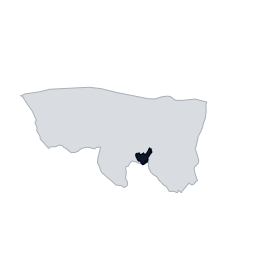 location of Zota, Bong, Liberia, rotated 149°
{"feature_id": "62588387B17056544161092", "entity_name": "Zota", "entity_type": "district", "adm_level": 2, "iso_a3": "LBR", "parent_name": "Liberia", "parent_adm1": "Bong", "projection": "orthographic", "projection_center": [-9.445, 7.274], "detail": "fine", "context": "in_parent", "style": "filled", "palette": "ink", "viewbox_px": 256, "rotation_deg": 149, "n_neighbors": 0, "source": "geoboundaries", "source_scale": "gbopen_adm2", "svg_char_len": 3835}
<svg xmlns="http://www.w3.org/2000/svg" viewBox="0 0 256 256"><g transform="rotate(149 128 128)"><path d="M47.1,109.6L49.2,107.9L52.3,102.2L56.6,96.7L60.6,93.5L63.8,90.2L67.2,87.6L72.0,84.7L79.3,76.9L81.0,76.0L82.2,70.5L84.1,63.6L86.2,61.5L91.2,60.2L92.4,59.0L94.1,54.1L95.3,48.5L95.4,47.2L97.4,47.1L100.7,45.9L102.7,46.4L103.5,48.1L104.0,49.4L114.1,45.9L115.0,45.2L115.6,45.3L116.9,48.5L117.6,48.3L118.2,47.4L118.9,47.3L119.7,47.7L120.5,49.2L121.8,50.5L124.0,51.5L125.4,52.8L125.2,56.2L125.7,59.5L126.7,60.3L127.2,62.2L127.5,64.4L128.0,65.6L128.4,67.8L128.2,70.1L128.6,71.8L130.2,74.6L131.2,78.2L131.2,80.8L130.6,83.4L129.6,85.9L127.7,88.6L127.5,89.6L128.6,90.3L130.3,90.5L131.8,89.9L135.4,91.1L137.3,92.9L138.9,95.1L140.4,96.2L141.1,97.5L143.7,97.2L146.6,95.8L147.3,95.2L148.1,95.5L150.1,95.7L151.4,93.3L152.5,90.6L154.8,87.6L155.9,86.4L156.2,84.5L156.3,82.1L157.2,80.0L159.1,78.8L161.1,78.8L162.2,79.2L162.8,81.3L164.5,82.9L165.9,83.9L166.6,84.4L167.8,85.6L168.9,89.7L173.4,103.1L173.2,106.8L172.3,109.2L172.3,111.6L172.0,113.9L169.3,117.7L161.4,125.6L162.0,126.2L163.9,127.1L165.8,127.6L167.4,127.3L169.4,129.3L171.6,131.7L173.8,133.0L177.1,134.1L180.0,134.2L182.4,133.8L185.9,134.3L189.5,136.3L190.8,139.7L191.7,142.6L193.0,144.1L193.2,146.6L195.8,148.8L199.5,149.2L204.3,151.8L205.6,151.7L206.1,151.3L206.7,151.8L207.9,159.3L208.9,163.3L208.4,164.9L207.7,166.2L207.7,172.3L205.5,175.8L205.2,179.6L204.6,180.8L202.3,182.0L202.3,184.9L201.6,188.5L201.4,192.2L202.1,202.1L202.2,209.4L203.3,210.8L198.7,210.2L185.4,204.7L175.1,201.5L140.6,183.1L131.0,175.8L120.0,164.8L95.5,142.6L89.9,139.0L82.9,137.3L78.5,135.4L75.5,133.3L73.0,127.2L66.9,123.5L55.6,118.3L47.1,109.6Z" fill="#d9dde1" stroke="#a8b0b8" stroke-width="1"/><path d="M134.4,101.5L134.7,101.3L135.0,101.0L135.2,100.6L135.4,100.3L135.5,100.1L135.7,98.9L135.7,98.0L135.8,97.4L135.9,96.6L136.0,96.1L136.0,95.8L135.9,95.1L135.9,94.7L135.7,94.3L135.7,94.2L135.2,93.9L134.9,93.8L134.6,93.5L134.4,93.1L134.4,92.5L134.4,92.3L134.5,92.0L134.5,91.9L134.5,91.6L134.7,91.2L134.4,91.0L134.3,90.7L134.4,90.4L134.5,90.2L134.4,89.9L134.3,89.6L134.3,89.4L134.1,89.2L133.9,89.3L133.7,89.3L133.6,89.1L133.5,88.9L133.4,88.9L133.2,88.9L133.0,89.0L132.9,89.0L132.7,89.2L132.4,89.1L132.2,89.1L132.0,88.9L131.8,89.1L131.7,89.1L131.4,89.1L131.5,89.2L131.4,89.3L131.3,89.5L131.4,89.8L131.3,89.7L131.2,89.8L131.1,89.7L130.9,89.9L130.7,89.9L130.6,90.4L130.6,90.5L130.5,90.4L130.4,90.4L130.2,90.4L130.0,90.6L129.9,90.7L129.7,90.6L130.0,90.2L129.8,90.1L129.9,89.8L129.8,89.7L129.8,89.8L129.7,89.8L129.6,89.5L129.5,89.3L129.5,89.2L129.4,89.2L129.2,89.2L129.1,89.4L129.1,89.5L128.9,89.7L128.7,89.5L128.4,89.9L128.2,90.0L127.9,90.2L127.4,90.4L127.3,90.5L127.3,90.9L127.2,91.1L127.1,91.3L127.0,91.5L126.9,91.5L126.7,91.7L126.4,92.2L126.3,92.5L126.2,92.6L126.0,92.8L125.7,92.9L125.3,92.9L125.2,93.0L124.8,93.2L124.7,93.2L124.5,93.3L124.3,93.4L124.2,93.5L123.8,93.6L123.7,93.8L123.4,94.0L123.2,94.0L122.8,94.2L122.7,94.3L122.4,94.3L121.8,94.7L121.7,94.8L121.3,94.8L121.2,94.8L121.0,95.0L120.9,95.0L120.8,94.9L120.7,95.0L120.4,95.1L120.2,95.1L120.0,95.5L120.3,95.7L120.2,95.9L120.1,96.0L120.0,96.4L120.2,96.5L120.1,96.8L120.0,97.0L119.9,97.1L119.7,97.1L119.7,97.3L119.9,97.6L119.8,97.8L119.6,97.8L119.4,98.0L119.2,98.0L119.3,98.2L119.6,98.5L119.9,99.0L120.0,99.5L120.9,99.0L121.6,98.5L122.3,98.0L122.6,97.8L123.0,97.5L123.5,97.4L123.9,97.2L124.3,97.0L124.6,96.8L124.6,96.5L125.0,96.3L125.4,96.3L126.0,96.3L126.3,96.4L126.6,96.5L126.8,96.5L127.2,96.5L127.5,96.9L127.7,97.3L127.8,97.3L127.8,97.6L127.7,98.0L127.7,98.4L127.8,98.4L128.2,98.3L128.3,98.3L128.6,98.3L129.0,98.3L129.3,98.3L129.5,98.3L130.1,98.4L130.6,98.5L131.5,99.0L131.5,99.6L131.5,100.6L131.5,100.8L132.4,100.8L132.6,100.9L133.0,101.1L133.4,101.4L133.7,101.6L134.4,101.5L134.4,101.5Z" fill="#0f172a" stroke="#020617" stroke-width="1.5"/></g></svg>